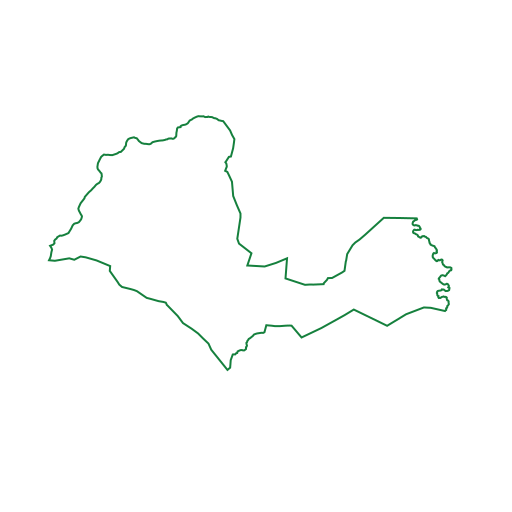 Koko-Besse, Kebbi, Nigeria, rotated 109°
{"feature_id": "59680162B63684780260143", "entity_name": "Koko-Besse", "entity_type": "district", "adm_level": 2, "iso_a3": "NGA", "parent_name": "Nigeria", "parent_adm1": "Kebbi", "projection": "natural_earth1", "projection_center": [4.329, 11.446], "detail": "fine", "context": "isolated", "style": "outline", "palette": "green", "viewbox_px": 512, "rotation_deg": 109, "n_neighbors": 0, "source": "geoboundaries", "source_scale": "gbopen_adm2", "svg_char_len": 6019}
<svg xmlns="http://www.w3.org/2000/svg" viewBox="0 0 512 512"><g transform="rotate(109 256 256)"><path d="M246.5,59.4L246.0,59.3L245.2,58.6L244.3,58.8L243.6,59.2L242.9,58.6L242.1,58.5L241.2,58.9L240.1,58.3L238.7,58.0L237.5,58.7L236.2,59.1L235.6,59.8L235.6,60.8L234.0,62.0L233.2,62.1L232.9,62.8L232.9,63.5L233.3,64.4L233.2,65.5L233.6,65.9L234.1,66.8L234.6,67.3L235.6,67.9L235.8,68.6L236.2,69.5L235.6,70.2L234.5,70.4L234.5,71.1L234.0,71.8L232.6,72.4L232.1,73.0L231.2,72.9L230.7,73.1L230.0,72.8L229.3,71.8L228.7,70.5L227.9,69.4L227.1,69.4L226.6,67.6L227.4,65.3L226.6,63.4L225.4,62.3L223.3,62.6L223.1,64.0L221.6,63.8L220.9,64.5L220.1,65.6L220.1,66.5L221.1,67.5L221.8,68.8L221.6,70.2L220.3,73.9L219.7,74.5L218.4,75.1L218.1,75.8L216.9,75.6L215.9,75.1L214.4,74.7L213.5,73.6L213.3,72.1L213.5,70.6L212.4,70.0L211.2,69.6L210.1,69.5L209.4,68.8L208.4,68.5L207.6,68.4L206.1,67.4L205.9,66.8L205.1,66.8L203.7,67.4L203.5,68.6L204.0,70.2L204.6,71.5L204.6,71.9L204.4,72.2L204.5,73.0L204.4,73.7L204.2,74.4L203.5,75.2L203.4,75.9L203.1,76.5L201.9,77.3L201.5,77.8L201.1,78.0L200.6,78.1L200.0,78.1L199.7,78.0L199.1,78.4L198.9,78.7L198.9,79.3L199.1,79.8L200.0,80.5L200.3,80.9L200.4,81.3L200.2,82.1L200.4,82.4L201.2,82.6L201.8,83.0L202.0,83.3L202.1,83.8L201.9,84.1L201.6,84.4L201.6,84.9L201.3,85.5L200.6,86.6L200.3,87.5L199.3,88.7L198.6,88.8L198.1,89.1L196.5,89.2L195.6,89.0L195.2,88.7L195.3,87.9L195.2,87.5L194.4,86.3L194.0,86.1L193.5,86.1L192.8,86.8L192.2,86.6L191.8,86.8L191.4,87.3L191.1,87.3L190.9,87.6L190.1,88.6L189.6,89.6L188.7,90.3L188.6,90.9L188.7,92.3L188.6,93.2L188.6,93.9L188.4,94.6L188.3,94.9L187.6,95.2L187.2,96.1L187.0,96.3L186.3,96.5L185.0,97.5L184.6,97.6L184.1,97.9L183.7,98.2L183.4,99.1L183.3,100.3L183.0,100.9L182.8,101.2L182.6,101.6L182.7,102.2L182.7,102.7L182.5,103.2L182.4,103.6L182.6,104.0L182.9,104.3L183.1,105.1L183.4,105.3L183.7,105.6L184.1,105.8L184.5,105.7L184.8,105.9L185.1,106.2L185.2,106.7L184.8,108.4L184.8,108.9L184.5,109.3L183.9,109.6L183.6,110.1L183.3,111.2L183.3,112.1L182.9,113.2L183.0,114.3L182.8,114.9L182.4,115.2L182.0,115.4L181.4,115.5L180.1,115.2L179.6,114.9L179.4,114.5L179.4,114.2L179.5,113.8L179.5,113.4L179.4,113.1L179.2,112.6L178.8,111.8L178.5,111.6L178.4,110.6L177.8,109.5L177.5,109.3L177.2,109.1L176.8,109.1L176.4,109.4L176.4,109.8L176.0,110.1L175.2,110.7L174.6,111.5L174.5,111.9L174.5,112.4L174.7,112.8L174.8,113.3L174.6,113.7L174.8,114.9L175.0,115.5L175.4,115.8L175.5,116.1L175.6,116.6L175.5,117.3L175.0,118.2L174.4,118.5L173.7,118.6L172.3,118.6L171.3,117.8L170.4,117.3L170.0,116.9L169.8,116.4L169.5,116.0L169.3,115.8L169.0,115.6L168.7,115.8L168.1,116.3L173.1,131.9L178.3,147.6L200.5,159.8L206.8,163.5L210.9,166.5L214.4,168.2L224.5,170.4L230.9,169.3L232.0,169.3L241.2,167.5L243.6,169.3L252.0,176.9L253.5,180.8L255.4,181.1L259.6,183.0L260.6,182.9L264.3,192.3L265.4,195.7L267.3,200.3L267.6,220.8L248.1,225.9L256.0,234.8L263.1,244.4L267.8,261.1L254.9,261.2L249.8,276.1L245.8,279.3L224.7,283.2L220.9,284.5L213.9,290.9L206.7,297.1L193.6,302.9L188.5,307.8L185.8,310.5L185.5,312.9L182.6,312.8L181.1,312.7L179.9,313.2L178.2,314.2L177.3,315.5L176.1,315.1L171.1,313.9L170.1,312.1L161.6,312.7L156.3,313.7L152.5,314.5L149.4,318.0L145.7,321.4L139.2,330.9L139.5,332.8L139.6,334.2L139.8,335.5L139.1,337.4L139.0,339.3L139.3,340.3L139.0,342.9L139.4,344.3L139.8,345.8L139.7,346.6L140.4,347.2L141.2,349.4L141.0,351.2L141.5,352.3L141.9,353.6L142.2,354.5L142.5,355.9L143.5,357.3L145.1,359.0L146.6,360.4L147.7,361.0L149.5,362.8L151.7,363.4L152.7,363.7L154.2,364.9L155.0,365.9L155.9,367.6L157.0,369.0L157.8,369.5L158.7,369.3L159.9,371.7L161.1,372.1L163.5,371.6L165.3,371.4L168.5,370.5L169.4,370.6L169.9,371.0L171.0,371.4L171.9,372.1L172.4,373.2L172.4,374.6L173.0,375.6L173.1,376.3L173.6,377.1L174.6,377.9L175.1,379.0L175.9,379.9L177.1,381.9L177.8,383.6L178.4,384.9L179.5,386.9L180.7,388.9L182.1,390.9L184.1,392.0L184.9,392.9L185.3,394.0L185.7,396.3L186.3,398.3L186.5,400.9L185.4,404.2L184.6,405.3L183.5,407.1L183.7,408.7L183.5,410.0L184.3,411.3L185.5,413.2L187.0,414.8L188.6,415.3L190.1,415.6L191.4,415.6L192.9,415.2L194.1,415.0L195.9,415.7L197.6,415.7L201.6,417.7L202.3,419.2L204.0,420.4L204.9,421.4L207.4,424.7L208.1,427.0L208.4,428.6L209.3,431.0L209.6,432.8L211.3,433.9L212.7,434.7L216.1,435.2L218.1,435.4L218.8,435.6L220.0,435.6L223.3,435.0L224.8,434.3L225.6,433.5L227.0,431.1L227.7,430.2L228.2,429.0L229.1,428.5L231.1,427.6L232.5,427.7L233.5,427.3L235.1,427.3L237.1,427.8L238.3,428.4L239.3,429.4L240.6,430.3L241.5,430.7L243.2,431.3L245.2,432.3L247.6,433.3L249.6,434.5L250.9,435.1L254.6,436.6L255.9,437.1L257.4,437.0L263.2,439.0L267.2,439.4L269.0,439.4L270.0,438.8L271.0,438.0L271.8,437.1L273.8,435.0L274.5,434.0L275.4,433.4L276.8,433.3L278.3,433.3L280.4,434.0L281.7,434.5L282.9,435.7L283.9,437.4L284.7,438.4L286.7,439.3L290.5,439.7L293.1,440.3L295.4,440.8L297.9,443.5L299.3,445.2L300.2,446.6L300.5,448.0L301.8,449.1L303.0,450.1L304.3,450.2L305.9,451.3L307.4,451.7L309.6,450.7L311.2,451.4L313.4,454.0L314.7,452.3L316.3,450.9L319.0,450.7L322.9,450.0L324.9,450.0L327.4,450.3L326.0,444.6L319.0,431.8L318.7,426.6L313.6,421.7L312.7,416.6L312.1,405.3L313.0,390.6L317.7,389.4L325.6,378.4L327.6,375.9L327.7,375.6L328.9,372.6L328.1,363.9L327.9,360.4L328.0,357.2L331.2,345.7L330.9,342.2L330.4,333.4L329.6,328.6L329.5,326.1L329.9,325.6L331.3,324.4L331.4,324.0L338.2,310.5L343.2,303.2L345.7,293.2L348.1,285.5L351.0,279.6L354.3,272.4L359.2,267.8L373.0,245.9L370.0,244.1L366.8,244.9L362.7,246.0L356.7,245.9L356.2,244.9L355.8,243.6L354.2,243.0L353.8,242.2L352.2,242.3L350.9,241.0L350.1,240.1L349.5,238.7L349.5,237.6L349.1,236.4L347.3,235.2L346.4,235.4L345.5,235.8L344.8,235.4L343.6,235.4L342.5,236.2L341.3,236.8L340.2,236.4L338.9,236.5L337.8,236.0L336.8,235.9L335.7,234.9L334.1,233.9L332.5,232.9L331.0,232.4L330.0,231.3L328.9,229.8L326.9,226.0L326.3,224.1L325.3,223.2L323.8,223.3L318.1,223.7L316.8,218.5L316.2,215.5L314.5,210.5L312.0,204.7L310.9,201.8L310.3,199.7L318.2,186.4L302.8,170.7L283.1,153.0L274.8,146.1L279.3,109.3L262.2,95.1L250.0,80.5L248.1,73.9L246.5,59.4Z" fill="none" stroke="#15803d" stroke-width="2"/></g></svg>